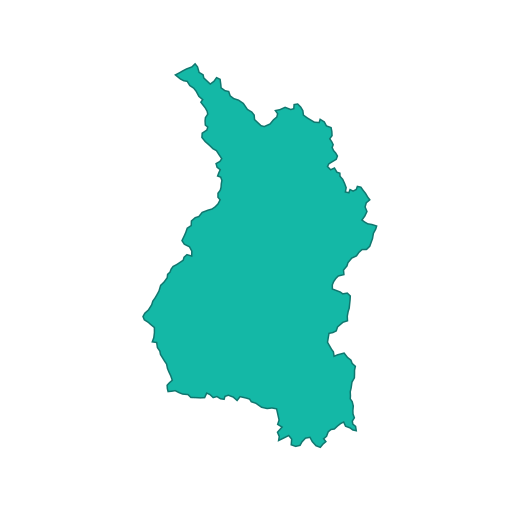 the district of Juquitiba, São Paulo, Brazil, rotated 256°
{"feature_id": "56859067B20186311483240", "entity_name": "Juquitiba", "entity_type": "district", "adm_level": 2, "iso_a3": "BRA", "parent_name": "Brazil", "parent_adm1": "São Paulo", "projection": "orthographic", "projection_center": [-47.012, -23.95], "detail": "fine", "context": "isolated", "style": "filled", "palette": "teal", "viewbox_px": 512, "rotation_deg": 256, "n_neighbors": 0, "source": "geoboundaries", "source_scale": "gbopen_adm2", "svg_char_len": 3884}
<svg xmlns="http://www.w3.org/2000/svg" viewBox="0 0 512 512"><g transform="rotate(256 256 256)"><path d="M355.3,239.6L351.5,239.7L348.4,242.2L345.8,240.1L342.9,238.1L341.1,240.8L337.6,241.2L334.5,239.8L331.1,238.7L328.4,237.2L326.1,234.3L322.2,233.3L319.2,234.8L315.7,231.7L313.5,228.1L312.2,224.7L312.1,220.6L311.3,214.3L308.1,210.1L307.9,206.3L305.6,201.8L301.2,200.5L299.6,196.0L295.9,193.6L292.8,191.2L288.8,187.9L284.8,189.3L281.0,193.7L276.2,194.9L271.5,193.6L274.0,189.3L272.2,185.9L269.5,184.3L268.3,181.1L266.9,177.1L265.9,173.0L263.8,170.5L261.1,168.6L259.6,165.8L256.4,164.6L252.9,160.4L250.6,156.4L245.5,153.4L241.9,150.1L239.4,147.6L237.2,145.0L233.9,143.0L229.6,138.5L227.4,134.3L224.6,131.7L221.1,132.2L218.1,135.1L214.7,137.5L211.2,140.1L206.2,138.9L201.5,137.1L197.8,134.6L196.1,138.7L191.0,138.2L187.0,139.7L183.5,139.5L179.8,140.7L176.3,141.8L172.8,143.1L168.3,142.9L164.3,143.5L160.4,144.3L155.7,144.7L154.0,141.4L152.1,138.5L148.8,137.9L145.7,137.9L145.2,141.5L144.9,145.0L142.1,148.2L139.8,151.4L138.0,156.5L134.5,158.6L133.2,163.2L131.8,167.8L131.0,171.9L134.9,175.0L132.7,177.8L129.0,180.2L129.1,184.1L126.1,187.0L124.7,190.4L127.3,191.9L127.6,195.5L124.6,199.8L120.4,202.7L123.4,206.5L120.4,212.4L118.7,215.2L115.7,216.2L113.2,220.2L107.9,224.8L105.3,229.9L104.7,234.7L102.7,239.0L98.4,238.9L91.2,238.7L87.4,236.3L83.7,239.9L79.8,234.2L75.2,234.9L71.5,233.3L72.6,238.5L73.9,244.3L69.7,246.3L64.3,244.5L61.7,248.4L61.6,252.9L64.5,255.6L67.3,259.9L67.0,264.5L62.3,265.7L57.4,268.3L54.8,272.1L57.3,275.5L59.0,278.9L62.3,277.4L64.0,280.8L67.9,283.5L69.5,286.7L69.2,290.2L71.4,294.1L73.0,297.7L73.7,300.9L69.2,301.7L66.4,305.7L63.8,307.8L62.2,311.0L66.6,311.4L69.4,309.3L72.5,309.5L75.2,312.3L79.2,311.9L82.6,312.6L86.9,314.1L91.4,314.1L94.6,312.9L97.5,313.8L101.5,314.6L104.8,316.3L110.4,318.6L114.0,322.0L117.5,323.0L121.4,324.0L124.9,325.7L128.5,323.3L132.0,322.9L135.5,320.2L140.5,318.0L140.4,311.3L139.8,307.5L144.3,307.9L147.2,306.7L155.0,304.5L158.5,306.0L163.3,308.1L163.1,312.0L163.9,315.7L167.5,318.0L169.1,321.2L170.7,324.4L171.0,329.1L175.5,330.0L179.9,332.0L182.8,333.8L186.4,335.1L190.5,336.6L194.4,337.8L197.9,335.6L198.3,331.0L200.7,329.0L205.5,322.1L209.6,323.1L212.4,325.2L214.9,328.0L216.7,331.0L216.7,336.8L221.2,337.5L224.3,341.8L227.3,343.6L230.8,348.4L231.8,353.5L234.6,356.7L236.6,360.4L235.6,364.8L237.9,368.7L241.8,371.3L244.6,373.2L249.6,375.4L253.2,378.7L255.9,380.3L258.5,376.1L260.2,372.2L262.7,369.6L265.3,367.5L268.3,371.1L272.3,374.4L277.2,373.7L281.0,375.9L283.0,380.0L285.9,378.7L290.3,377.4L293.8,375.8L297.4,374.4L299.0,371.2L296.3,369.4L295.5,365.9L297.7,363.3L294.9,361.4L296.5,358.2L300.5,360.0L304.9,359.5L309.3,358.7L313.0,356.8L316.1,357.4L317.7,354.8L322.4,353.4L321.6,349.3L325.5,347.0L327.8,348.9L328.8,352.0L330.4,357.2L333.3,359.2L336.7,358.2L339.4,356.8L342.8,356.1L345.3,357.8L348.6,357.1L351.9,355.9L354.4,358.9L358.5,359.7L362.4,359.9L365.2,355.8L369.6,354.7L373.1,351.3L370.2,349.6L371.7,345.0L377.4,339.3L381.2,336.1L385.7,336.6L389.7,335.4L393.4,333.2L393.7,329.6L389.8,328.3L389.7,325.2L393.2,320.2L392.2,314.6L392.4,310.0L388.8,311.4L385.8,309.8L383.9,305.9L380.7,301.6L379.6,295.3L381.2,292.4L388.7,287.6L393.2,288.3L396.7,286.7L400.3,283.1L407.1,280.6L411.4,276.8L414.1,272.5L417.6,269.7L422.2,269.3L423.9,265.9L427.6,262.8L430.8,263.3L436.1,263.9L438.6,260.9L435.7,257.5L433.9,253.2L441.4,248.4L444.6,248.5L447.9,245.2L453.6,245.0L457.2,243.4L455.0,239.6L454.3,233.8L453.3,229.6L452.3,226.2L451.2,221.6L446.0,225.5L443.6,228.2L442.1,231.5L437.4,233.0L433.9,236.2L430.3,237.8L424.7,239.2L420.6,242.1L418.6,239.7L415.8,240.9L412.0,242.6L408.3,243.6L405.3,243.5L402.5,240.4L399.5,239.3L395.3,238.5L392.8,240.4L390.1,238.8L388.2,233.5L384.1,232.2L379.3,234.4L374.4,237.8L370.5,240.2L367.8,243.1L363.4,244.6L358.7,246.3L356.5,243.9L355.3,239.6Z" fill="#14b8a6" stroke="#0f766e" stroke-width="1.5"/></g></svg>